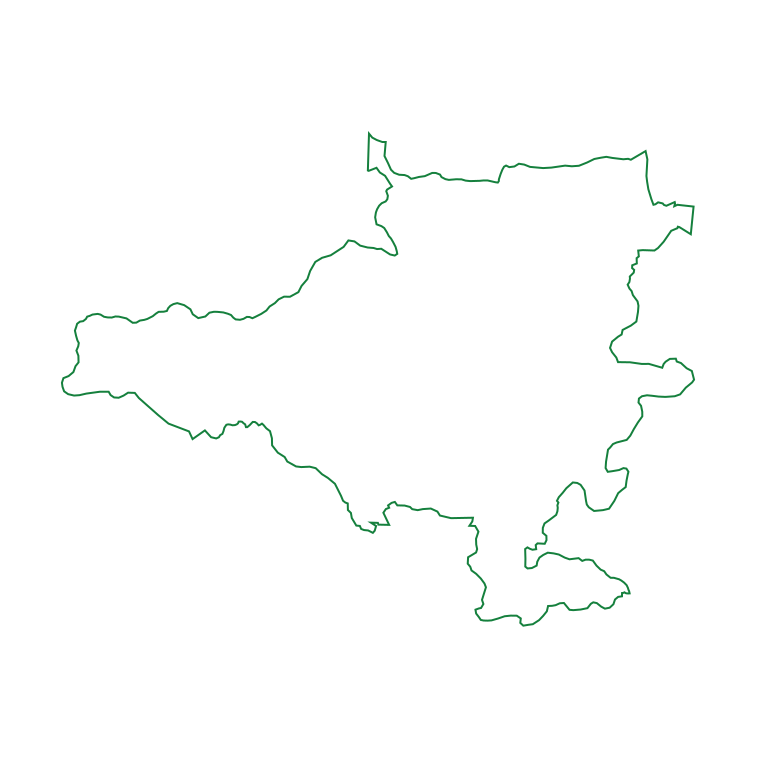 Miahuatlán, Veracruz, Mexico (orthographic projection), rotated 266°
{"feature_id": "50627088B71678919151694", "entity_name": "Miahuatlán", "entity_type": "district", "adm_level": 2, "iso_a3": "MEX", "parent_name": "Mexico", "parent_adm1": "Veracruz", "projection": "orthographic", "projection_center": [-96.884, 19.731], "detail": "fine", "context": "isolated", "style": "outline", "palette": "green", "viewbox_px": 768, "rotation_deg": 266, "n_neighbors": 0, "source": "geoboundaries", "source_scale": "gbopen_adm2", "svg_char_len": 6139}
<svg xmlns="http://www.w3.org/2000/svg" viewBox="0 0 768 768"><g transform="rotate(266 384 384)"><path d="M588.3,557.8L590.4,544.8L593.1,539.2L594.3,533.9L591.9,529.3L591.6,524.1L593.4,521.0L592.4,518.9L589.5,517.0L585.4,515.0L580.2,512.9L578.4,512.7L577.0,511.6L577.5,509.2L579.8,501.6L580.1,497.1L580.0,493.7L580.4,484.1L581.2,479.6L582.8,475.4L583.2,469.9L583.1,462.9L584.1,459.5L586.4,455.8L589.0,454.5L590.9,450.4L591.2,446.8L588.5,439.2L588.1,433.3L587.2,428.4L586.8,425.4L589.6,422.3L591.0,419.1L591.7,413.7L593.9,408.9L597.3,405.9L604.1,403.4L611.4,400.4L625.3,402.6L625.5,399.2L627.9,393.8L630.6,389.5L634.8,386.5L598.1,382.8L597.7,383.6L600.2,391.6L595.3,394.6L591.6,399.6L583.4,404.0L580.5,405.8L577.7,400.6L576.2,399.7L571.5,401.0L568.1,400.2L566.0,398.4L564.5,394.3L562.2,391.6L558.8,389.3L555.7,387.9L550.9,386.8L543.8,387.7L541.7,392.4L539.6,395.1L535.1,397.5L531.3,399.1L528.7,401.1L525.1,402.9L520.0,405.1L515.6,406.0L512.9,406.3L511.4,403.7L512.8,399.1L519.1,390.7L519.1,386.5L520.4,383.1L521.3,377.2L523.7,369.9L528.3,364.5L529.7,358.5L523.6,353.3L516.1,339.8L514.2,331.0L510.6,324.0L501.9,318.2L494.0,314.9L487.6,308.6L481.6,305.0L477.6,296.3L478.1,290.4L475.8,284.8L472.3,280.8L469.3,275.3L465.5,271.8L462.5,266.4L459.9,260.2L458.8,257.3L460.2,254.5L460.5,251.9L458.8,248.4L458.1,244.8L458.8,240.5L460.7,238.3L463.5,236.2L465.0,233.1L466.6,228.7L467.6,222.8L467.9,219.3L467.3,214.8L463.8,210.5L462.7,203.3L466.9,198.1L472.0,196.1L476.6,190.2L479.1,183.4L478.4,179.5L476.9,176.3L474.7,174.0L472.0,172.5L471.5,169.3L471.7,164.2L470.2,161.5L467.8,158.1L465.4,152.4L464.7,149.3L464.3,144.9L462.5,141.2L462.6,137.6L467.4,131.7L469.7,124.2L470.1,120.8L469.3,117.1L469.7,112.9L470.6,109.4L473.0,106.1L473.9,103.3L473.6,98.0L472.5,95.2L471.9,92.6L469.7,91.2L467.7,88.3L467.4,85.0L465.5,82.1L462.1,80.8L458.8,79.4L453.5,80.2L448.9,81.2L446.2,82.4L442.9,81.6L438.8,79.5L433.5,81.1L426.9,80.8L423.3,77.5L417.6,75.0L413.9,69.9L412.2,64.6L407.7,62.8L403.6,63.1L399.0,64.4L395.9,68.2L394.1,74.0L394.1,79.4L395.2,86.4L396.1,100.0L395.5,108.8L392.0,110.5L389.4,113.8L388.8,118.4L390.6,123.4L393.2,128.1L392.5,134.8L387.1,138.5L369.0,156.3L359.5,166.3L350.3,186.2L342.4,189.2L350.2,202.1L343.0,207.8L341.4,212.8L342.4,215.6L344.4,217.0L345.5,219.3L348.2,220.6L351.5,221.7L354.3,223.9L354.6,225.7L354.2,227.9L353.4,230.0L353.4,232.4L354.0,234.3L354.9,235.6L356.6,236.4L356.6,238.1L356.2,239.8L354.7,241.1L353.4,242.7L350.6,243.3L350.5,244.6L352.3,247.1L355.3,250.4L355.1,252.6L353.7,254.4L351.5,256.1L351.9,257.5L353.0,259.5L351.7,260.8L348.0,263.5L344.9,267.0L337.7,268.4L330.6,268.1L322.9,273.3L318.1,279.8L313.4,282.1L307.9,290.5L306.9,295.7L306.7,304.1L304.8,310.0L298.3,315.9L294.2,321.5L287.9,328.1L275.5,333.3L270.4,335.0L268.4,337.2L267.4,339.5L260.8,339.2L257.7,342.0L252.6,342.5L244.7,346.5L244.1,350.0L241.0,351.1L239.7,353.9L239.0,358.0L236.3,362.5L238.3,364.5L242.9,366.2L246.6,361.3L245.9,368.2L244.1,368.6L243.1,379.3L255.6,374.4L259.1,377.1L260.2,380.5L262.6,379.6L264.9,383.3L265.6,386.6L262.0,388.8L261.3,396.1L259.5,401.4L257.2,403.4L255.8,408.8L256.5,414.0L256.5,422.0L253.0,428.4L248.9,430.6L245.5,441.5L244.4,463.4L240.7,462.5L236.6,459.3L236.0,465.0L230.1,467.9L223.1,465.0L217.4,464.8L212.8,465.4L209.5,464.1L205.3,455.8L198.9,455.0L195.7,457.3L191.9,458.3L188.2,462.7L183.2,467.0L178.0,470.3L174.1,471.5L161.8,466.7L157.6,467.8L153.8,465.2L153.5,463.0L152.5,459.5L148.6,459.9L145.0,462.3L141.9,464.1L141.1,466.9L140.7,470.9L140.7,474.8L142.1,481.4L143.9,488.2L144.1,494.3L143.6,500.3L140.6,504.1L136.2,503.3L133.2,506.1L133.7,511.1L134.0,515.7L137.6,522.2L141.5,526.5L145.9,530.6L151.1,532.2L151.0,536.2L151.4,539.8L153.0,544.1L153.0,548.2L145.8,553.3L145.2,557.1L145.3,564.4L146.2,571.3L150.3,575.0L151.6,577.5L150.6,581.0L146.7,585.2L144.5,588.7L145.1,593.5L148.3,597.5L152.9,599.4L155.3,602.7L155.6,606.6L158.9,606.9L158.9,608.0L159.4,609.4L158.6,610.3L158.3,611.1L158.0,612.9L158.0,614.4L160.1,614.1L161.8,613.5L163.6,613.1L166.4,612.0L169.2,609.6L171.4,607.0L172.8,604.9L174.6,599.9L174.9,596.5L178.5,592.6L181.9,590.6L183.7,587.2L188.0,583.3L193.3,580.0L194.4,576.6L194.7,572.9L193.7,569.4L196.7,566.0L196.2,556.8L198.2,552.2L201.7,546.5L203.2,541.4L204.3,535.6L202.4,531.0L200.0,527.0L196.0,524.5L192.2,523.6L190.1,518.7L190.0,514.3L192.0,512.2L199.8,512.9L209.5,513.3L211.0,515.7L209.4,518.1L208.3,520.6L208.6,524.3L212.7,524.1L214.3,526.0L213.4,533.2L216.9,535.2L221.2,535.4L224.5,532.0L229.4,532.4L233.7,534.4L236.2,538.6L241.4,546.6L244.9,548.1L248.4,548.7L250.9,548.5L253.6,549.7L255.4,548.4L258.9,550.5L263.0,554.7L267.3,558.6L272.6,565.5L271.8,569.9L269.7,573.1L263.8,576.6L253.2,577.4L249.6,577.9L246.7,579.7L242.7,584.7L242.9,593.6L243.9,599.8L251.3,605.6L258.8,610.0L261.8,614.1L264.3,617.9L270.7,619.2L276.9,620.9L279.4,621.7L282.7,619.9L283.4,617.0L281.8,612.6L281.1,605.5L280.8,601.1L284.7,599.2L291.1,600.1L302.9,602.9L304.9,605.2L308.1,608.2L309.4,611.9L311.3,622.2L315.3,626.1L321.6,630.1L327.9,634.6L333.7,639.4L338.3,639.7L344.3,638.9L347.7,636.6L351.7,637.3L353.8,640.5L354.4,645.6L353.5,650.9L352.3,657.0L351.5,663.8L351.5,673.2L353.0,678.7L359.3,684.8L364.1,691.5L366.7,693.6L375.5,692.0L378.6,687.0L384.2,681.7L386.0,677.6L388.9,676.9L389.1,670.9L386.6,666.5L384.5,664.4L380.8,662.7L385.6,649.6L386.0,642.7L388.5,630.9L389.5,619.0L394.2,617.6L399.7,613.8L404.2,612.0L410.4,614.5L414.8,620.7L416.8,624.5L421.3,625.8L425.0,634.3L428.7,640.1L438.2,642.4L444.3,643.3L448.7,642.7L455.3,638.5L459.4,637.5L462.1,635.5L466.1,634.0L468.6,635.9L471.9,636.7L474.1,636.7L477.7,640.9L480.4,641.5L482.3,639.6L485.1,639.9L486.6,644.6L491.9,644.8L493.5,647.1L499.4,646.9L499.5,651.4L498.3,663.1L500.5,666.8L506.4,672.9L516.8,681.2L519.0,687.6L520.4,688.1L519.9,689.6L512.0,700.5L539.4,705.2L542.3,689.2L541.1,686.0L543.8,686.9L545.2,686.7L542.1,678.1L543.1,675.8L544.7,674.6L546.1,670.1L544.4,667.4L544.0,665.3L549.8,663.6L559.8,661.3L567.3,660.6L573.2,660.3L589.7,662.4L598.1,661.2L590.5,645.9L591.6,643.2L591.5,638.4L593.6,627.5L595.1,621.6L594.6,616.0L593.8,609.5L590.8,602.1L588.1,593.7L588.1,586.6L589.2,579.9L588.2,566.1L588.3,557.8Z" fill="none" stroke="#15803d" stroke-width="2"/></g></svg>